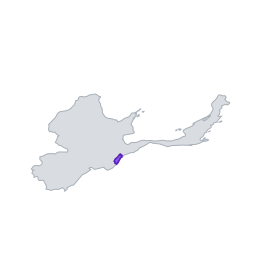 location of Sai Yok, Kanchanaburi, Thailand, rotated 254°
{"feature_id": "78962969B26028425570589", "entity_name": "Sai Yok", "entity_type": "district", "adm_level": 2, "iso_a3": "THA", "parent_name": "Thailand", "parent_adm1": "Kanchanaburi", "projection": "equal_earth", "projection_center": [98.933, 14.238], "detail": "fine", "context": "in_parent", "style": "filled", "palette": "violet", "viewbox_px": 256, "rotation_deg": 254, "n_neighbors": 0, "source": "geoboundaries", "source_scale": "gbopen_adm2", "svg_char_len": 5520}
<svg xmlns="http://www.w3.org/2000/svg" viewBox="0 0 256 256"><g transform="rotate(254 128 128)"><path d="M113.3,24.7L113.4,25.7L114.3,24.4L115.3,23.8L117.4,26.7L117.6,27.9L116.1,32.5L116.4,34.1L117.3,35.4L118.5,36.1L119.7,35.9L122.0,34.6L124.6,35.4L124.5,38.5L125.4,43.4L124.2,48.4L123.0,50.9L123.9,53.1L124.0,55.1L121.6,62.9L122.1,63.5L123.6,64.4L124.3,64.1L126.8,61.0L129.7,58.6L130.6,56.6L132.4,55.9L134.0,54.1L137.7,57.3L138.7,57.6L139.2,58.1L139.4,59.4L139.8,59.6L141.3,57.8L143.9,56.7L144.9,54.0L146.1,53.2L145.9,51.8L146.3,51.4L148.4,51.2L151.6,52.6L152.7,52.9L153.2,52.6L158.3,61.3L161.6,64.6L162.4,66.9L161.7,72.7L161.8,76.1L162.6,78.6L163.9,80.4L165.0,82.9L168.8,85.4L168.5,86.0L168.7,87.6L171.1,89.4L171.3,90.0L171.1,92.4L170.0,94.2L169.8,95.7L169.8,97.5L170.4,100.2L169.7,105.9L168.3,107.5L166.5,108.7L165.6,110.2L164.8,109.8L164.4,108.2L162.4,107.4L158.6,108.2L156.6,107.8L154.0,108.4L151.5,108.1L150.0,107.5L145.8,108.7L144.1,109.9L142.8,111.5L140.9,115.7L139.0,118.2L139.0,119.3L136.6,119.9L136.8,123.5L138.2,127.4L138.6,132.3L141.3,135.8L140.8,138.2L141.1,140.5L143.2,146.0L141.7,143.4L141.4,141.6L139.6,138.9L139.0,140.3L137.0,138.2L136.1,136.2L135.8,137.1L133.7,134.3L131.6,132.7L130.4,132.0L127.5,133.0L123.7,132.2L122.3,133.0L121.7,132.5L121.3,131.7L122.3,121.5L119.1,120.2L118.5,119.5L117.8,120.3L114.7,120.7L112.4,122.6L112.1,124.2L113.1,127.0L111.8,132.0L112.3,136.8L112.1,139.4L110.5,142.7L110.1,145.4L108.3,149.5L107.1,154.6L106.8,157.6L104.7,162.2L104.2,164.8L103.4,165.7L103.7,167.8L103.4,174.1L104.7,178.7L104.3,180.8L105.8,181.5L109.3,180.1L110.5,180.5L111.3,183.0L112.2,190.5L113.6,192.8L114.0,191.6L114.7,192.8L115.2,195.1L117.1,206.9L118.1,210.0L117.0,209.2L116.3,205.5L115.3,205.3L115.7,203.0L115.0,202.1L114.0,202.8L114.0,204.6L116.8,210.5L118.5,210.7L120.7,213.3L123.1,215.2L126.1,214.5L128.2,215.1L129.5,216.7L131.5,220.7L134.7,224.1L134.2,226.2L132.9,227.8L132.3,230.1L131.4,230.7L130.2,230.7L128.9,228.9L125.7,230.6L125.0,232.3L124.2,232.8L122.8,230.8L122.9,229.8L123.8,228.2L123.5,224.1L121.6,224.0L120.3,221.0L119.9,220.7L119.0,221.1L116.0,219.7L115.1,217.8L114.2,217.9L113.6,221.2L110.9,216.8L109.1,215.0L109.3,211.7L108.1,211.0L107.5,210.1L108.0,208.1L106.3,208.4L105.5,207.9L104.5,204.3L103.6,202.9L102.5,202.9L102.1,202.2L102.2,200.5L99.4,198.0L98.5,195.2L97.2,194.0L96.3,194.3L95.5,196.3L94.9,196.2L94.3,195.7L93.6,192.8L93.6,187.9L94.5,185.0L95.0,180.4L96.3,176.6L99.0,165.3L99.1,160.9L103.7,154.5L106.7,147.3L107.7,146.3L108.1,144.9L106.5,139.1L105.8,135.1L105.9,134.0L104.0,131.3L103.5,128.2L103.0,127.2L102.8,126.1L103.5,124.3L103.1,117.4L100.9,112.7L97.1,108.3L93.7,101.9L93.3,99.6L93.1,96.4L95.9,94.2L97.0,94.1L97.4,84.5L99.7,82.6L100.2,81.8L100.5,80.2L99.9,79.3L98.4,80.9L98.1,80.5L96.2,74.9L95.8,71.4L88.1,59.9L88.5,58.0L87.4,53.0L86.3,52.9L85.5,52.0L84.7,49.8L86.2,50.1L88.6,48.8L88.2,44.0L89.2,41.3L89.3,36.7L91.2,34.0L91.4,32.6L92.4,32.5L93.7,33.4L95.1,33.5L100.8,32.3L101.5,31.1L101.8,28.6L102.4,27.8L103.7,27.5L105.1,28.0L106.7,27.1L106.4,24.1L109.1,24.6L110.9,23.2L113.3,24.7ZM95.6,197.7L95.3,201.3L94.2,202.1L93.8,200.0L94.4,196.5L94.8,197.3L95.6,197.7ZM113.0,176.2L112.8,178.0L111.9,178.6L111.6,176.6L113.0,176.2ZM136.7,139.8L137.9,142.3L136.5,142.1L136.3,139.7L136.7,139.8ZM108.7,220.1L108.1,219.0L108.6,217.3L109.1,219.4L108.7,220.1ZM97.4,198.1L97.2,200.1L96.6,197.3L97.4,198.1ZM113.0,174.6L112.5,174.4L112.1,173.3L112.7,173.3L113.0,174.6ZM102.1,204.1L102.8,206.5L102.1,205.4L102.1,204.1ZM139.8,146.4L139.6,147.9L139.0,147.3L139.4,146.2L139.8,146.4ZM94.4,183.4L93.7,184.0L94.2,182.6L94.4,183.4Z" fill="#d9dde1" stroke="#a8b0b8" stroke-width="1"/><path d="M103.1,110.3L103.0,110.2L102.9,110.1L102.7,109.9L102.7,109.7L102.6,109.4L102.5,109.2L102.5,108.9L102.4,108.8L102.3,108.6L102.2,108.4L102.2,108.2L102.0,107.9L101.9,107.9L101.9,107.7L101.7,107.6L101.7,107.4L101.6,107.2L101.6,107.3L101.6,107.2L101.4,107.2L101.2,107.0L101.2,106.9L101.1,106.7L100.9,106.5L100.9,106.4L100.8,106.2L100.7,106.1L100.4,106.0L100.3,105.9L100.2,105.9L100.1,105.7L99.9,105.5L99.7,105.7L99.7,105.8L99.5,106.0L99.4,106.0L99.3,105.9L99.2,106.0L98.9,106.1L98.8,106.3L98.7,106.3L98.6,106.2L98.4,106.0L98.3,105.9L98.2,105.9L98.0,105.7L97.9,105.8L98.0,105.9L97.9,106.0L97.7,106.0L97.7,105.9L97.7,106.0L97.4,106.2L97.5,106.2L97.4,106.2L97.4,106.3L97.2,106.4L97.0,106.5L96.9,106.7L96.9,106.9L96.8,107.0L96.7,107.2L96.8,107.2L96.9,107.3L96.9,107.5L97.0,107.5L97.0,107.8L97.0,108.0L97.3,108.2L97.4,108.3L97.4,108.5L97.4,108.8L97.5,108.9L97.5,109.0L97.8,109.0L98.0,109.3L98.2,109.5L98.3,109.6L98.5,109.5L98.5,109.8L98.7,110.0L98.8,110.1L99.0,110.2L99.1,110.4L99.2,110.5L99.3,110.5L99.5,110.7L99.5,110.8L99.7,111.0L99.8,110.9L99.9,111.0L100.0,111.1L100.1,111.3L100.3,111.5L100.5,111.8L100.8,111.9L100.9,112.0L101.0,112.0L101.3,112.3L101.3,112.6L101.3,112.8L101.4,113.0L101.5,113.1L101.6,113.3L101.7,113.5L101.8,113.7L101.8,113.8L101.8,114.0L102.0,114.0L102.0,113.9L102.1,114.0L102.1,113.9L102.2,113.7L102.3,113.7L102.5,113.7L102.4,113.8L102.5,113.9L102.6,114.2L102.8,114.2L102.9,114.3L103.0,114.3L103.3,114.6L103.5,114.5L103.5,114.4L103.4,114.3L103.5,114.2L103.8,113.9L104.0,113.7L104.2,113.8L104.3,113.8L104.4,113.7L104.5,113.7L104.5,113.8L104.6,113.7L104.7,113.4L104.8,113.3L104.8,113.2L105.0,113.3L105.0,113.2L105.0,112.9L105.0,112.7L104.9,112.5L104.7,112.4L104.5,112.2L104.4,112.0L104.2,112.1L104.0,111.8L104.0,111.7L103.9,111.5L103.9,111.4L103.7,111.2L103.7,110.9L103.6,110.7L103.4,110.6L103.2,110.5L103.1,110.4L103.1,110.3Z" fill="#8b5cf6" stroke="#5b21b6" stroke-width="1.5"/></g></svg>